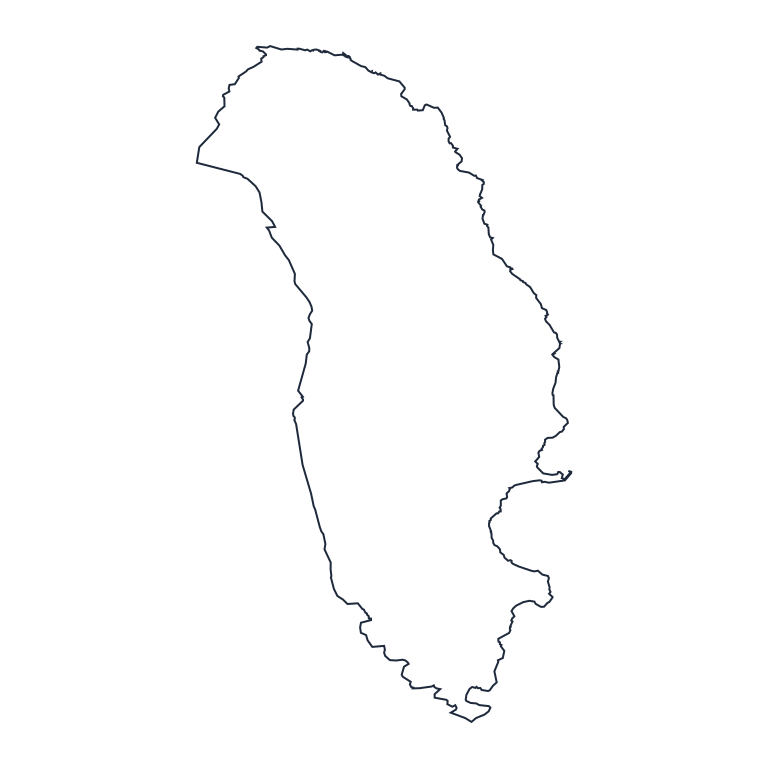 outline of Svelvik nor, Vestfold, Norway
{"feature_id": "86288312B37991214799587", "entity_name": "Svelvik nor", "entity_type": "district", "adm_level": 2, "iso_a3": "NOR", "parent_name": "Norway", "parent_adm1": "Vestfold", "projection": "natural_earth1", "projection_center": [10.357, 59.613], "detail": "fine", "context": "isolated", "style": "outline", "palette": "slate", "viewbox_px": 768, "rotation_deg": 0, "n_neighbors": 0, "source": "geoboundaries", "source_scale": "gbopen_adm2", "svg_char_len": 6033}
<svg xmlns="http://www.w3.org/2000/svg" viewBox="0 0 768 768"><path d="M471.5,721.9L476.1,718.0L484.5,714.6L488.7,711.3L490.4,707.6L488.8,706.1L479.3,705.1L476.2,703.4L470.8,703.0L466.3,700.9L465.7,699.8L466.4,694.9L469.5,689.0L472.1,687.0L475.5,687.9L476.5,686.8L477.9,688.2L480.3,688.0L481.7,690.0L488.0,691.0L489.6,690.4L493.1,685.6L496.7,682.4L494.4,671.4L498.3,661.8L497.9,660.3L502.8,658.0L504.3,650.9L500.9,646.4L501.4,644.9L499.9,644.3L499.9,642.3L498.5,641.7L498.3,638.8L509.2,632.9L510.4,630.1L509.9,629.4L509.9,627.7L510.7,626.9L510.2,626.4L512.5,621.5L511.3,620.6L512.1,618.5L514.4,616.3L511.5,611.1L513.1,608.5L516.1,605.7L523.3,602.1L529.4,600.8L534.4,601.6L535.7,603.9L541.1,606.9L544.1,606.7L547.5,602.8L549.2,602.1L552.4,597.7L552.6,597.0L549.1,593.8L550.5,591.9L549.3,589.4L549.6,587.2L547.9,581.6L548.9,578.1L548.0,576.0L542.4,574.6L537.9,570.7L534.3,571.4L531.4,570.8L519.0,566.6L513.0,563.9L511.5,562.5L511.6,560.8L510.6,560.2L508.0,560.7L504.5,557.6L503.7,554.9L500.3,552.4L499.9,549.2L497.3,546.3L494.5,545.1L493.3,543.0L493.1,540.5L491.6,537.8L491.5,533.7L490.7,531.9L491.2,531.6L489.0,525.9L489.1,522.9L489.7,522.0L489.3,521.1L490.9,519.8L490.7,518.5L496.6,513.3L498.2,513.3L499.3,511.4L500.7,511.4L500.6,509.0L499.6,507.8L500.8,505.8L500.8,500.5L502.4,499.3L506.4,498.4L507.1,497.1L506.6,493.4L508.9,491.3L509.9,489.0L509.3,488.1L512.2,487.5L514.6,485.4L516.7,484.8L532.9,481.1L539.8,480.3L541.6,480.7L542.0,482.3L544.4,481.8L549.1,482.7L564.9,480.4L571.2,473.1L571.2,471.8L568.4,470.9L570.8,472.2L564.6,479.2L561.8,478.1L562.8,474.5L559.9,472.2L559.5,472.8L559.6,472.1L558.2,472.0L557.6,473.7L556.5,474.3L552.1,474.9L543.2,473.4L537.2,467.3L536.8,465.9L537.8,464.0L535.2,461.4L537.3,459.2L536.7,458.8L537.5,458.9L539.2,456.9L538.4,452.7L539.5,450.9L541.9,450.0L541.4,449.3L543.0,447.0L543.0,445.8L544.6,444.8L544.3,443.2L545.1,441.9L545.0,439.8L547.6,437.9L552.4,437.7L555.8,435.9L559.8,432.1L561.9,431.6L563.9,429.1L563.7,426.9L567.9,422.9L567.2,419.9L566.0,418.2L563.3,417.0L554.7,407.9L553.7,404.8L553.5,395.3L552.7,395.0L552.4,393.3L553.2,388.8L555.5,382.8L556.1,377.2L557.4,373.0L558.1,372.9L557.8,371.4L558.4,371.3L559.3,367.0L558.4,359.5L554.3,357.1L552.4,354.7L554.2,353.7L553.4,353.4L559.4,348.1L560.0,343.9L560.6,343.6L559.7,343.1L559.4,342.1L560.0,341.7L559.1,341.6L557.2,337.8L557.0,334.5L555.8,332.9L554.0,332.4L549.5,324.8L546.1,321.5L545.0,318.8L546.5,317.0L545.6,315.9L547.9,314.6L547.0,313.4L547.2,312.4L546.3,310.1L541.9,308.1L540.9,304.2L536.1,297.9L536.3,295.1L533.7,293.0L530.2,287.2L526.0,284.1L525.5,282.9L523.1,282.1L522.9,281.1L520.4,280.2L520.1,279.3L512.2,273.9L510.1,271.2L510.6,269.6L512.4,269.0L511.9,268.4L510.3,268.9L510.2,267.3L506.9,266.3L502.0,258.9L493.4,254.4L492.9,250.4L493.3,244.9L491.1,239.5L492.7,238.0L490.1,237.3L488.8,234.1L488.4,227.6L487.0,225.9L487.4,224.7L484.4,223.7L482.5,218.8L483.0,214.9L483.6,214.7L484.7,211.8L484.4,210.5L482.4,209.6L480.6,206.8L481.1,205.9L478.1,202.1L479.1,201.2L478.5,200.8L478.9,199.6L482.0,197.9L479.7,196.1L479.8,195.0L482.2,189.3L482.3,185.0L483.8,183.9L483.8,182.0L482.1,180.6L482.6,180.0L477.1,178.1L475.8,175.5L474.2,175.8L469.1,172.6L459.9,170.9L457.7,169.1L457.1,167.9L457.1,166.2L457.8,165.6L457.3,165.0L461.6,161.4L462.0,158.2L459.6,154.7L455.4,152.1L455.1,151.5L457.5,148.8L452.9,147.5L453.0,145.9L451.0,143.1L449.6,143.3L448.6,141.3L448.6,138.7L450.1,136.8L446.9,130.6L447.5,128.1L447.0,126.4L445.2,125.2L444.5,120.3L443.6,118.8L443.9,118.0L441.6,112.7L437.8,107.6L434.0,107.8L426.6,104.5L424.8,105.3L422.8,110.2L417.9,110.6L417.4,109.7L413.1,109.7L413.2,108.3L411.7,106.0L410.5,106.0L409.7,104.9L409.5,103.3L406.8,99.4L401.4,96.3L401.1,94.0L404.7,89.2L404.7,87.7L399.4,81.4L387.7,78.3L384.2,75.7L380.5,74.7L380.4,73.4L378.0,74.6L375.6,72.4L374.2,73.2L371.6,72.4L371.8,71.4L370.9,71.9L368.5,70.7L365.3,67.1L361.1,66.1L352.0,61.0L350.6,59.9L350.5,58.5L348.5,57.2L349.4,56.7L348.6,56.0L347.5,56.1L348.3,57.3L347.6,57.4L345.2,56.4L345.7,55.0L343.2,53.0L343.0,53.8L344.1,54.7L343.4,55.3L342.4,54.7L334.5,55.3L327.4,51.7L325.8,51.3L326.3,52.0L325.1,52.3L323.6,51.0L322.5,52.3L321.2,52.2L319.4,51.1L319.8,50.7L316.5,49.5L313.5,49.8L313.1,50.6L312.1,50.2L310.2,51.3L307.3,49.6L305.2,50.3L299.4,48.7L297.6,48.7L297.6,49.6L287.5,48.8L281.4,49.5L270.2,46.1L267.1,47.6L257.3,46.8L256.3,48.0L259.1,49.6L259.4,50.6L262.9,51.4L266.1,54.5L266.0,55.2L263.5,56.2L263.5,57.1L261.2,58.7L261.6,61.7L253.4,66.9L248.0,69.3L246.0,71.5L238.5,76.5L238.9,77.9L234.8,84.2L229.5,84.9L228.7,88.4L229.4,91.5L223.2,94.8L222.9,96.3L224.3,97.6L224.5,106.3L218.3,111.6L215.1,117.8L219.2,124.4L216.8,128.8L199.3,147.1L196.8,162.8L240.1,173.9L242.6,175.6L243.4,177.2L247.5,178.8L255.6,186.2L259.5,192.4L261.4,202.0L262.4,211.6L272.1,221.2L275.1,226.9L266.8,227.6L269.1,230.6L271.8,237.7L279.4,245.6L285.0,255.2L288.9,260.2L294.9,273.9L294.5,281.3L295.2,284.0L306.5,297.5L309.5,302.0L311.5,306.7L312.2,310.7L309.8,314.4L308.5,318.0L309.4,320.8L311.8,324.0L309.9,338.4L307.6,342.0L309.3,348.0L309.2,351.3L306.8,354.5L305.7,363.6L298.1,390.7L302.9,396.8L301.6,397.4L303.0,399.5L303.0,400.7L293.7,409.6L293.0,413.9L293.5,416.1L294.5,417.0L294.9,418.7L294.3,419.9L296.1,424.1L302.6,464.9L311.1,493.7L313.7,506.2L315.2,509.6L319.8,527.1L321.3,531.3L323.4,534.2L325.4,544.1L324.5,549.3L330.7,562.5L330.6,569.5L331.4,576.2L330.9,577.4L333.9,588.9L337.4,596.0L342.9,599.5L347.5,604.0L357.8,603.3L362.4,609.0L363.9,609.6L365.3,612.5L366.9,613.5L367.0,614.7L368.7,616.1L368.8,618.3L371.0,618.6L371.0,620.1L361.0,622.7L360.1,627.4L360.9,632.8L366.1,635.1L367.6,640.3L372.3,646.9L384.1,645.9L384.9,649.6L384.1,652.6L385.1,655.8L389.8,660.1L396.3,660.5L402.8,659.7L405.5,660.5L407.8,662.5L408.6,663.9L404.0,666.7L401.7,674.7L402.8,676.8L410.7,681.8L409.9,684.5L411.3,687.1L413.2,687.6L412.8,688.4L419.6,688.2L431.7,686.5L433.8,685.4L434.3,686.9L436.5,688.4L440.2,689.1L434.6,694.2L434.7,697.7L446.3,699.8L447.6,700.8L447.4,704.2L452.4,706.7L455.3,705.2L456.6,707.9L455.9,709.6L450.8,712.7L465.3,718.1L471.5,721.9Z" fill="none" stroke="#1e293b" stroke-width="2"/></svg>